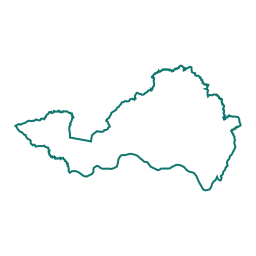 the district of Central Gonja, Northern, Ghana
{"feature_id": "2480657B60919857809422", "entity_name": "Central Gonja", "entity_type": "district", "adm_level": 2, "iso_a3": "GHA", "parent_name": "Ghana", "parent_adm1": "Northern", "projection": "robinson", "projection_center": [-1.24, 8.941], "detail": "fine", "context": "isolated", "style": "outline", "palette": "teal", "viewbox_px": 256, "rotation_deg": 0, "n_neighbors": 0, "source": "geoboundaries", "source_scale": "gbopen_adm2", "svg_char_len": 5795}
<svg xmlns="http://www.w3.org/2000/svg" viewBox="0 0 256 256"><path d="M46.1,116.7L45.0,117.4L45.1,117.8L44.1,119.3L42.6,118.5L40.9,118.9L40.7,119.8L39.6,120.3L38.5,120.3L36.1,119.4L35.6,119.6L35.3,120.3L33.2,121.0L32.7,120.7L31.3,121.2L29.2,120.7L27.4,121.2L26.7,122.0L24.7,123.0L22.2,123.7L20.6,124.7L18.8,124.0L16.3,125.5L15.5,125.6L15.4,126.0L16.1,126.3L17.8,129.2L19.3,131.0L20.4,131.8L21.7,132.1L24.3,134.8L25.6,134.9L25.6,135.8L27.1,138.3L30.5,140.3L30.8,143.5L32.9,145.4L34.1,144.6L35.2,145.3L35.7,146.6L39.7,145.9L42.5,146.2L44.2,145.6L44.7,146.0L44.9,146.7L48.3,147.8L48.2,148.5L48.9,149.9L48.7,151.1L49.4,150.8L49.3,151.7L48.9,151.8L49.1,152.1L48.9,153.0L49.4,153.9L49.3,154.6L49.5,155.0L49.8,154.7L51.0,156.2L51.1,157.1L51.9,157.3L52.4,156.7L52.8,157.2L53.1,156.8L53.4,157.0L54.2,156.6L54.7,157.9L55.0,157.7L55.3,158.1L55.1,158.5L55.3,158.6L55.5,158.2L55.7,158.6L56.2,158.6L56.4,158.2L57.1,158.6L58.0,158.6L59.4,157.9L59.4,158.4L60.2,158.3L60.5,158.7L60.6,158.3L61.1,158.6L61.5,158.0L62.7,158.5L63.0,158.3L63.0,158.6L64.5,159.5L64.9,160.0L64.8,160.9L66.1,161.4L66.5,162.4L67.0,162.5L67.3,163.1L67.1,163.5L67.5,163.8L67.1,164.1L67.9,164.9L68.0,165.4L67.7,165.9L68.1,166.0L68.7,168.3L68.7,171.4L69.8,172.7L72.0,171.2L75.8,171.1L79.1,172.6L83.7,176.0L86.6,176.6L92.1,173.9L93.4,171.9L93.4,169.3L94.0,167.7L96.8,165.9L98.5,166.3L100.7,168.1L103.1,168.8L108.3,168.6L111.2,169.0L114.1,168.1L116.9,166.5L117.8,163.4L118.4,159.3L120.5,155.9L121.8,155.1L125.2,155.1L129.2,154.0L131.2,153.8L135.2,154.8L137.9,156.1L140.0,158.3L141.6,159.3L144.3,161.8L147.2,162.1L150.7,166.7L157.7,170.1L159.4,169.8L161.1,168.6L169.3,168.5L170.7,167.9L172.4,166.6L173.7,166.2L176.1,164.9L179.0,164.9L182.3,166.0L184.5,167.5L186.6,170.0L188.6,171.4L193.1,172.6L194.3,173.3L196.3,176.0L199.0,182.1L203.1,189.3L205.5,190.4L209.6,189.4L211.0,187.3L212.2,183.8L213.6,181.5L215.4,180.3L217.1,176.9L217.7,178.5L219.3,180.2L220.6,180.4L221.1,179.6L221.6,177.7L220.8,176.5L220.9,175.9L221.4,175.8L222.7,174.4L223.4,171.4L224.6,170.6L225.8,167.3L226.2,167.2L226.5,166.5L227.2,166.2L227.6,165.6L227.0,162.8L227.2,161.4L228.0,160.1L229.1,159.2L230.0,156.1L231.8,154.4L235.4,147.1L234.2,142.9L234.4,141.5L235.0,140.1L234.3,138.0L234.5,136.6L233.9,136.0L233.6,135.1L233.2,134.9L233.1,133.7L232.3,133.2L231.9,132.0L231.1,130.9L232.0,129.8L232.7,130.0L232.8,129.5L234.9,128.9L234.8,128.4L235.5,128.4L235.5,127.9L236.2,127.0L236.5,127.3L237.5,126.8L237.6,127.1L240.3,125.7L240.6,125.1L240.2,123.4L239.6,122.6L239.2,119.1L238.1,117.1L237.7,117.0L233.2,116.4L232.4,116.8L231.2,116.2L230.3,116.2L229.4,115.3L228.9,115.5L228.9,116.0L228.5,115.9L228.3,116.4L227.5,116.7L227.5,117.3L226.2,117.5L225.8,118.0L224.4,118.7L224.9,119.2L224.1,119.6L223.8,119.2L223.7,117.8L223.3,117.4L224.2,116.8L224.4,116.0L225.0,115.5L224.1,114.7L223.6,112.8L224.1,112.2L223.9,112.0L224.1,111.3L224.0,110.0L223.1,109.7L223.1,109.2L223.3,108.1L224.0,107.0L223.8,106.5L224.1,105.9L224.0,105.5L223.3,105.3L222.9,104.2L222.5,104.4L222.1,104.0L222.2,103.2L221.6,102.4L222.0,101.0L221.6,100.0L222.0,99.6L221.8,99.1L221.0,98.6L220.7,99.3L220.1,99.1L220.0,98.4L219.0,98.2L218.9,96.8L217.5,95.8L217.8,95.6L217.4,95.2L217.3,95.5L216.9,95.4L216.9,94.8L216.3,94.6L216.0,94.9L215.5,94.5L213.5,94.5L212.8,95.1L211.6,95.3L210.2,94.9L208.7,95.6L208.0,96.4L207.7,95.4L207.5,91.7L208.1,90.5L207.6,89.6L206.0,89.0L206.6,88.9L207.0,88.3L207.3,86.8L208.0,86.1L208.3,85.0L207.7,85.1L207.3,84.7L207.0,85.1L206.3,84.8L206.1,85.1L205.6,84.8L205.7,84.3L204.1,84.3L204.0,83.7L203.4,83.7L202.9,82.7L202.6,82.7L202.8,81.7L202.2,81.3L202.2,80.2L201.7,80.1L201.9,79.7L200.8,78.8L200.7,78.0L200.4,78.2L199.8,77.8L199.8,77.1L199.5,76.5L198.2,76.0L197.9,75.6L196.4,75.8L195.1,75.2L195.1,73.2L193.2,72.8L191.8,72.0L191.4,67.2L189.5,66.9L187.8,68.1L186.8,68.1L185.1,69.9L183.6,70.5L183.5,70.0L184.5,67.9L183.4,67.5L182.1,66.1L180.8,65.6L179.4,66.4L179.4,66.8L178.8,67.3L179.0,67.7L178.5,68.2L177.9,68.2L177.4,68.6L177.3,68.2L175.8,68.5L175.9,68.9L175.5,69.2L175.1,69.1L175.0,69.5L174.1,69.6L173.3,70.2L173.3,70.7L173.0,70.6L172.8,71.1L171.9,71.3L171.9,70.8L171.5,70.7L171.5,70.3L169.9,69.7L168.9,69.9L168.6,69.5L168.3,69.5L168.4,69.8L167.9,69.5L166.9,69.8L166.6,69.4L166.1,69.7L165.1,69.3L164.9,69.7L163.7,69.8L163.8,69.3L162.9,69.3L161.3,71.0L160.8,70.7L160.0,71.4L159.6,71.2L159.6,71.9L159.1,71.9L158.7,71.2L158.6,71.7L157.4,72.1L157.4,72.8L155.3,73.1L155.0,74.0L154.4,74.0L153.4,74.9L153.3,76.0L151.9,76.7L151.9,77.4L152.3,77.8L153.7,77.8L154.1,78.2L153.6,81.3L154.2,83.6L153.9,86.0L153.1,86.7L152.0,89.9L151.3,90.4L150.8,89.3L150.4,90.5L149.7,90.2L148.4,90.3L147.3,91.9L145.3,93.0L144.4,94.1L142.9,94.8L141.6,94.7L140.8,94.0L139.6,94.0L137.5,92.9L136.7,92.8L134.8,96.0L135.6,98.6L135.5,98.9L134.8,98.9L134.5,99.5L134.1,98.9L133.9,99.2L132.6,99.2L132.2,98.8L131.5,98.8L129.9,99.4L129.3,100.9L128.1,101.4L126.5,101.4L125.8,101.0L124.7,101.2L123.8,102.0L121.7,102.5L120.8,104.5L119.5,105.6L119.0,106.6L117.0,107.8L116.1,109.9L111.4,112.8L110.9,114.7L109.5,116.6L109.5,117.5L106.6,119.7L106.2,120.8L107.3,121.3L109.8,126.6L108.4,127.5L107.9,128.9L106.3,129.9L104.3,130.0L103.7,131.3L101.1,132.0L100.2,131.5L98.6,131.7L97.4,131.2L96.5,131.4L95.8,132.3L94.1,133.3L92.1,135.2L91.3,138.7L91.1,141.4L69.9,137.5L70.0,133.8L69.2,129.3L69.4,126.5L70.6,124.9L70.5,124.3L70.1,124.3L69.9,123.8L71.0,122.2L72.1,119.2L72.0,118.7L73.2,117.5L72.6,116.8L73.0,116.8L72.6,116.3L72.6,115.7L71.8,114.7L72.1,114.2L71.9,113.5L71.5,113.6L70.2,112.8L69.6,113.2L66.8,111.2L65.7,111.6L63.5,111.1L62.7,112.2L62.1,112.1L61.8,112.4L60.2,112.2L59.7,111.9L59.9,111.5L59.3,111.6L59.1,111.0L58.4,110.6L57.9,111.4L56.9,111.7L54.9,111.5L54.0,111.0L53.6,112.5L52.6,112.4L52.0,112.9L51.4,112.1L51.0,112.6L50.6,112.0L49.1,112.2L48.2,114.0L47.4,114.2L46.1,115.7L46.1,116.7Z" fill="none" stroke="#0f766e" stroke-width="2"/></svg>